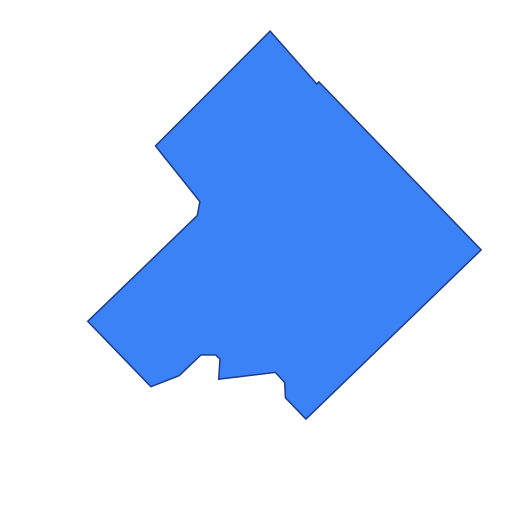 the district of 80, Ar Rayyān, Qatar, rotated 226°
{"feature_id": "91078587B61034229486760", "entity_name": "80", "entity_type": "district", "adm_level": 2, "iso_a3": "QAT", "parent_name": "Qatar", "parent_adm1": "Ar Rayyān", "projection": "natural_earth1", "projection_center": [51.221, 25.39], "detail": "fine", "context": "isolated", "style": "filled", "palette": "blue", "viewbox_px": 512, "rotation_deg": 226, "n_neighbors": 0, "source": "geoboundaries", "source_scale": "gbopen_adm2", "svg_char_len": 444}
<svg xmlns="http://www.w3.org/2000/svg" viewBox="0 0 512 512"><g transform="rotate(226 256 256)"><path d="M325.9,89.6L235.0,89.6L223.3,117.6L223.1,147.7L212.9,158.2L206.9,158.5L193.3,143.6L158.8,189.1L145.0,188.7L133.6,178.7L104.0,178.6L104.0,325.9L104.0,422.2L307.1,422.2L337.6,422.2L337.4,419.2L408.0,422.4L406.6,347.6L405.0,260.1L334.1,253.4L325.9,241.9L325.9,121.9L325.9,89.6Z" fill="#3b82f6" stroke="#1e3a8a" stroke-width="1.5"/></g></svg>